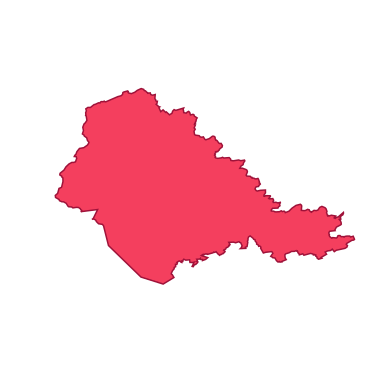 the district of Athlone Lea-6, Roscommon, Ireland, rotated 150°
{"feature_id": "5873133B90689891107780", "entity_name": "Athlone Lea-6", "entity_type": "district", "adm_level": 2, "iso_a3": "IRL", "parent_name": "Ireland", "parent_adm1": "Roscommon", "projection": "robinson", "projection_center": [-8.208, 53.474], "detail": "fine", "context": "isolated", "style": "filled", "palette": "rose", "viewbox_px": 384, "rotation_deg": 150, "n_neighbors": 0, "source": "geoboundaries", "source_scale": "gbopen_adm2", "svg_char_len": 5992}
<svg xmlns="http://www.w3.org/2000/svg" viewBox="0 0 384 384"><g transform="rotate(150 192 192)"><path d="M305.4,261.6L309.0,258.0L312.1,257.4L312.9,255.5L310.9,252.0L311.1,250.7L309.5,248.5L308.2,247.8L306.6,245.1L306.5,241.7L306.2,240.9L303.7,239.2L303.1,237.8L299.8,236.5L298.1,235.4L297.1,233.5L297.2,232.5L296.7,231.3L298.2,230.1L297.5,230.3L282.5,224.0L290.8,218.4L292.4,218.3L291.1,218.1L290.1,217.0L289.4,215.6L289.6,214.3L288.8,211.2L285.8,208.8L285.5,207.0L291.1,187.4L278.7,143.8L263.0,126.7L250.4,127.0L250.4,130.3L250.9,131.1L250.7,131.8L248.2,133.6L245.9,134.4L245.1,135.6L243.5,135.5L242.5,137.6L241.3,136.9L240.1,137.9L240.3,138.6L238.2,138.8L237.1,138.4L236.5,136.5L236.0,136.0L235.2,137.3L234.6,136.6L233.8,137.5L232.7,137.9L231.5,136.1L228.0,134.5L229.0,132.0L226.7,130.6L225.3,130.2L226.5,129.8L226.4,129.3L229.1,127.5L228.3,126.7L226.3,127.8L225.0,127.4L222.3,128.1L221.8,128.8L222.5,129.5L221.5,130.2L221.5,131.4L219.1,130.2L218.2,130.3L218.6,129.8L218.4,129.4L216.7,128.3L217.2,127.4L213.9,126.8L211.2,127.3L215.7,132.3L213.4,132.5L213.1,131.7L211.4,131.7L210.8,131.1L210.0,131.0L209.8,130.3L209.2,130.1L204.1,128.8L203.2,129.1L202.5,128.3L201.0,128.3L200.5,125.3L199.7,123.3L198.6,123.6L197.8,123.2L195.7,123.4L195.6,123.1L193.2,123.8L193.1,124.4L193.8,125.6L193.0,126.0L191.5,125.7L190.0,126.7L188.8,126.3L186.8,126.8L186.8,127.3L185.8,127.3L185.8,127.7L185.3,127.7L185.3,130.0L181.1,127.8L179.6,126.2L176.1,125.5L176.0,124.6L175.2,123.8L175.5,120.4L177.2,119.1L178.4,118.8L173.6,116.3L173.4,117.5L171.6,117.2L168.8,120.6L168.6,121.7L167.5,122.4L166.8,123.7L165.5,124.8L163.6,124.9L162.3,121.6L162.2,120.1L161.3,119.3L161.8,117.8L161.4,115.8L162.1,114.5L161.2,113.2L161.4,111.6L160.4,111.4L159.9,110.4L160.2,109.3L160.7,109.0L160.7,103.5L158.2,102.9L152.7,100.5L152.6,98.5L156.0,96.9L155.1,95.6L155.0,94.8L153.2,93.4L153.2,90.3L152.5,88.3L151.0,88.0L150.9,87.3L149.0,86.5L148.9,86.9L144.2,86.3L144.3,88.2L143.6,90.0L142.8,91.3L141.7,91.6L138.2,90.8L135.6,90.8L132.8,89.3L131.1,89.2L131.0,88.5L130.2,88.3L130.6,86.2L130.2,85.3L130.5,83.9L127.0,83.1L126.7,81.3L120.2,79.6L118.3,77.9L118.4,77.0L117.5,76.7L117.7,76.4L116.3,75.7L116.9,74.6L116.3,73.5L116.7,72.1L116.0,70.5L112.6,69.7L112.9,70.8L106.6,70.8L106.7,73.4L104.1,73.2L101.1,72.0L99.1,72.4L98.6,69.2L96.1,69.4L87.7,66.7L85.4,66.8L84.1,67.9L84.6,69.5L83.8,70.1L77.7,70.2L75.9,69.5L74.9,69.8L74.5,73.1L77.2,73.8L77.4,74.9L79.7,76.3L81.8,77.1L82.9,76.9L83.2,77.7L85.2,78.8L85.6,80.3L87.1,81.1L87.6,81.1L89.1,80.0L90.0,80.0L93.0,82.2L94.0,82.1L95.0,84.4L94.9,85.8L94.2,86.6L94.4,87.3L93.6,88.6L92.3,89.1L87.4,87.0L87.4,87.6L84.5,89.4L79.6,89.2L78.8,89.5L78.1,91.1L77.7,93.8L78.1,93.9L78.2,94.6L76.7,94.1L76.3,95.2L76.6,95.7L74.6,96.8L72.8,96.8L71.4,97.9L71.1,98.6L77.8,97.3L79.5,97.8L81.2,97.5L81.8,98.5L79.6,99.4L82.9,102.2L85.5,102.8L85.6,103.4L86.5,103.5L85.8,106.9L84.8,107.7L84.3,110.6L84.7,112.0L86.7,114.6L89.1,114.8L92.1,113.4L93.8,113.8L95.5,115.1L98.6,114.8L98.6,115.3L99.1,115.4L99.6,117.1L99.4,118.0L100.6,119.2L102.7,119.2L104.1,119.7L106.5,121.4L104.0,125.0L103.8,125.9L104.3,127.2L108.6,128.4L113.5,128.0L117.6,126.9L121.5,127.5L121.4,128.4L121.8,129.4L123.6,129.9L124.1,131.1L126.1,131.2L129.3,132.8L130.3,133.6L130.7,134.4L132.8,135.9L132.4,136.8L130.4,137.6L125.6,135.1L124.4,135.9L122.7,136.1L122.1,138.0L120.9,138.4L120.7,138.9L123.1,139.6L124.4,141.1L126.8,142.3L126.7,143.1L125.4,144.1L125.3,145.9L128.3,147.3L128.8,148.0L126.4,148.9L126.1,149.4L126.2,149.7L130.1,152.0L131.2,151.9L131.8,152.5L131.1,153.4L128.8,154.5L127.4,157.0L132.0,159.3L135.0,160.2L135.7,161.1L135.9,163.0L135.3,163.7L133.8,164.4L131.6,163.5L131.0,164.1L128.9,164.7L128.8,165.5L129.3,166.2L128.6,166.9L128.0,170.0L128.1,170.8L130.0,171.3L130.9,172.0L131.5,173.1L133.0,173.9L132.7,174.6L133.4,175.2L133.7,176.5L136.5,178.3L136.7,179.5L133.9,181.8L133.5,183.3L134.0,184.5L136.5,187.5L138.8,188.6L136.5,190.0L134.1,190.1L132.8,191.5L130.7,192.5L130.6,193.4L134.1,194.7L135.6,196.4L140.7,198.4L142.6,199.9L142.1,201.3L142.6,203.2L147.4,205.5L148.2,206.8L149.5,206.9L152.8,208.2L154.3,209.5L154.7,210.4L153.8,211.1L154.1,212.5L153.2,212.8L153.4,213.5L153.1,213.8L151.9,214.1L151.6,215.0L150.8,215.0L150.5,214.4L149.3,214.1L148.4,214.7L147.4,214.7L146.6,215.4L143.4,215.9L142.4,217.1L142.5,219.6L143.6,220.0L144.3,220.9L144.6,224.0L145.5,225.1L145.2,225.6L145.4,226.3L144.6,228.0L145.2,229.4L146.4,230.1L150.4,229.6L153.9,230.3L154.5,231.1L154.6,234.1L156.1,234.5L157.4,235.7L157.6,237.2L160.7,239.6L161.0,240.6L159.9,243.6L157.8,244.8L158.1,246.4L155.5,248.4L156.2,249.2L155.3,250.1L154.6,249.8L153.9,251.0L153.0,251.4L152.1,252.7L150.5,253.6L152.0,256.5L151.7,257.9L152.3,258.8L154.8,259.5L154.2,262.1L154.6,263.5L156.2,263.6L157.6,263.2L159.5,264.9L158.7,266.5L158.5,267.8L157.2,268.9L165.2,270.8L166.3,272.3L168.3,271.7L170.0,270.2L172.9,270.1L174.2,274.2L175.0,274.1L176.0,277.6L178.9,277.2L178.5,281.2L178.3,281.7L177.4,281.8L178.1,282.6L179.2,285.9L178.2,286.1L176.6,287.9L177.5,288.5L177.7,289.1L177.3,290.3L177.5,291.4L175.1,294.8L177.7,295.5L179.0,297.0L178.6,298.7L180.9,299.6L180.7,300.2L181.3,300.9L181.7,302.8L182.6,303.7L182.5,305.0L184.3,307.0L188.5,307.4L191.7,307.0L195.3,307.5L197.5,309.6L197.5,310.4L196.9,310.9L197.2,311.7L201.0,312.7L202.1,312.7L203.4,311.2L205.2,310.8L208.6,311.7L221.6,313.2L222.4,313.8L222.6,314.6L224.0,314.6L224.8,315.4L226.2,315.7L227.1,315.1L228.4,316.0L232.2,316.3L233.0,316.7L237.7,316.0L239.8,317.3L242.4,317.1L242.9,315.1L244.5,313.8L245.1,312.3L245.9,311.4L245.6,310.7L247.2,306.6L249.7,305.3L251.5,304.9L254.2,302.7L255.3,299.4L257.9,297.1L257.1,295.3L257.3,294.3L256.1,291.6L256.8,288.8L256.4,286.6L257.0,286.0L259.1,284.9L263.6,284.5L267.7,286.0L271.5,284.5L273.8,282.6L275.1,282.4L276.2,281.6L274.6,280.5L275.0,278.8L277.8,276.4L279.8,276.8L281.2,277.7L284.5,277.8L288.6,276.8L291.9,275.0L296.8,274.2L297.7,273.3L297.9,272.4L296.9,271.1L297.2,269.9L296.8,268.7L298.5,265.6L302.4,261.5L303.0,261.3L305.4,261.6Z" fill="#f43f5e" stroke="#9f1239" stroke-width="1.5"/></g></svg>